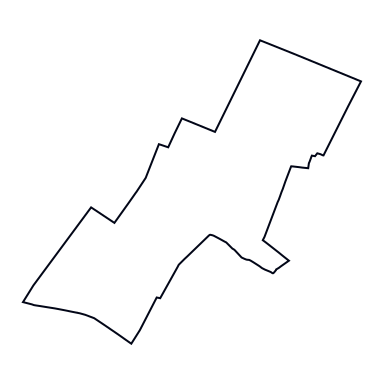 Fantanele, Teleorman, Romania (Natural Earth projection)
{"feature_id": "2599482B79674535262636", "entity_name": "Fantanele", "entity_type": "district", "adm_level": 2, "iso_a3": "ROU", "parent_name": "Romania", "parent_adm1": "Teleorman", "projection": "natural_earth1", "projection_center": [25.305, 43.725], "detail": "fine", "context": "isolated", "style": "outline", "palette": "ink", "viewbox_px": 384, "rotation_deg": 0, "n_neighbors": 0, "source": "geoboundaries", "source_scale": "gbopen_adm2", "svg_char_len": 1499}
<svg xmlns="http://www.w3.org/2000/svg" viewBox="0 0 384 384"><path d="M348.1,106.4L361.0,81.4L359.8,80.9L294.0,53.9L260.0,40.3L215.0,131.9L181.9,118.4L174.6,133.4L168.2,147.3L161.1,144.9L158.9,144.2L145.7,177.9L136.4,192.0L135.9,192.6L129.1,202.3L114.4,222.9L91.1,207.4L33.4,285.4L23.0,302.1L32.0,304.4L33.9,305.1L35.7,305.4L40.3,306.1L45.9,307.0L54.8,308.4L58.6,309.1L63.3,310.0L73.2,312.0L79.8,313.3L84.1,314.5L85.2,314.8L94.2,318.2L104.2,324.9L117.8,334.2L126.0,340.0L131.3,343.7L139.9,330.1L156.7,297.5L160.2,298.2L177.7,266.8L178.6,265.0L178.7,264.9L179.1,264.4L184.6,258.9L187.4,256.3L193.4,250.5L208.0,236.4L208.7,235.7L209.7,234.9L210.4,234.8L212.6,235.3L213.9,235.8L219.2,238.6L224.6,241.6L226.2,242.4L226.8,243.0L229.8,246.0L232.4,248.6L233.8,249.4L234.6,250.0L241.6,257.5L244.6,258.9L246.4,259.6L247.7,259.8L249.1,259.9L250.6,260.6L253.4,262.3L259.5,266.2L262.0,268.1L264.9,269.6L268.8,271.2L270.7,272.0L272.2,273.0L272.5,273.2L273.2,273.2L273.6,272.9L274.0,272.5L274.7,271.7L275.4,270.8L276.0,270.1L276.1,269.5L278.8,267.9L281.2,266.1L288.9,260.7L283.6,256.5L282.1,255.3L278.8,252.6L273.7,248.6L265.5,242.2L262.8,240.2L264.5,236.9L265.3,234.8L277.7,202.0L277.8,201.8L278.7,199.9L280.1,196.1L281.5,192.1L282.8,188.9L285.4,181.4L291.0,166.7L291.2,166.3L293.4,166.5L299.4,167.2L302.3,167.6L308.2,168.2L308.9,163.2L309.6,161.7L311.1,157.6L311.2,157.2L311.9,155.6L315.0,156.2L317.3,153.3L320.5,154.2L322.8,155.3L323.5,155.4L348.1,106.4Z" fill="none" stroke="#020617" stroke-width="2"/></svg>